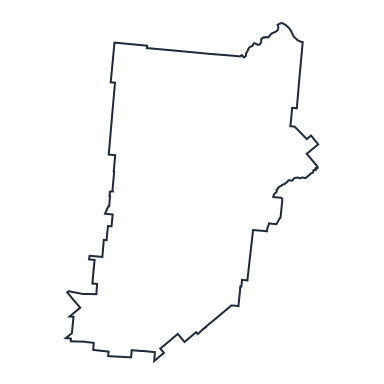 Richmond, Queensland, Australia (Mercator projection)
{"feature_id": "25037944B62712341328684", "entity_name": "Richmond", "entity_type": "district", "adm_level": 2, "iso_a3": "AUS", "parent_name": "Australia", "parent_adm1": "Queensland", "projection": "mercator", "projection_center": [143.266, -20.57], "detail": "fine", "context": "isolated", "style": "outline", "palette": "slate", "viewbox_px": 384, "rotation_deg": 0, "n_neighbors": 0, "source": "geoboundaries", "source_scale": "gbopen_adm2", "svg_char_len": 5487}
<svg xmlns="http://www.w3.org/2000/svg" viewBox="0 0 384 384"><path d="M147.1,45.7L145.1,45.5L114.5,42.6L110.7,82.3L115.0,82.7L112.3,113.5L111.4,123.9L109.6,144.8L108.7,154.6L114.9,155.1L115.2,155.2L114.1,167.5L113.7,171.4L114.2,171.4L112.4,191.2L112.5,191.3L111.8,191.3L111.6,191.4L110.4,191.7L110.0,191.6L109.9,191.7L109.7,193.9L109.5,196.1L110.0,196.2L109.2,206.2L108.7,206.1L108.3,206.5L105.0,213.7L112.7,214.5L111.5,226.3L108.0,226.0L107.0,235.5L106.6,240.2L103.8,239.9L102.9,250.4L102.6,254.2L102.4,256.4L102.4,256.9L89.6,255.8L89.0,259.4L94.6,259.9L93.8,268.6L93.7,268.5L92.4,283.6L97.1,283.9L96.4,293.3L96.3,294.2L87.4,294.0L83.0,294.0L68.6,291.2L67.2,292.3L72.8,299.1L80.2,307.7L69.6,316.5L73.5,316.8L71.9,333.2L65.8,338.1L70.9,338.6L70.7,341.3L72.9,341.4L81.6,341.6L83.6,341.6L83.9,341.7L93.7,342.9L93.7,343.5L93.3,348.8L93.2,349.9L99.3,350.6L108.6,351.6L108.5,353.0L108.4,353.7L108.2,356.1L114.9,356.5L117.1,356.6L119.9,356.7L125.7,357.1L131.1,357.3L131.7,350.2L141.4,351.0L141.6,350.9L145.4,351.2L151.2,351.8L154.9,352.1L154.2,361.0L163.9,352.8L160.3,348.6L169.2,341.2L177.8,333.9L184.5,342.0L195.8,332.4L196.1,332.2L197.7,334.0L199.8,332.2L204.4,328.0L204.7,328.1L205.7,327.3L205.5,327.0L209.6,323.6L216.7,317.8L218.9,315.9L223.0,312.5L224.2,311.5L227.2,309.0L231.5,305.4L236.9,305.9L238.5,306.1L238.5,305.5L239.7,293.5L239.8,292.9L240.4,286.4L241.4,286.5L242.0,279.9L247.4,280.4L247.4,280.2L251.2,246.2L251.3,245.9L253.1,230.0L253.4,230.0L253.6,230.1L253.8,230.1L254.1,230.1L257.2,230.4L260.0,230.6L264.4,231.0L267.0,231.3L267.2,229.0L267.7,227.3L268.3,225.8L268.4,225.5L268.5,225.4L268.7,224.9L268.9,224.0L268.9,223.4L276.3,224.2L280.6,217.0L281.0,212.9L281.6,207.2L282.2,200.9L282.3,198.8L281.3,197.8L273.2,197.0L273.2,196.9L273.4,196.6L273.5,196.5L273.5,195.9L273.6,195.6L273.7,195.3L273.8,195.0L273.9,194.6L274.0,194.3L274.4,193.8L275.1,193.2L275.4,193.0L275.8,192.7L276.3,192.2L276.5,192.0L276.6,191.9L276.6,191.7L276.7,191.3L276.7,191.2L276.8,190.8L276.7,190.4L276.6,190.2L276.6,189.9L276.7,189.6L276.8,189.5L277.1,189.3L277.3,189.3L277.6,189.1L277.9,188.8L278.0,188.6L278.1,188.4L278.1,188.1L278.2,187.8L278.2,187.7L278.3,187.6L278.5,187.4L278.7,187.2L279.1,187.1L279.3,186.9L279.6,186.7L279.8,186.5L280.0,186.3L280.2,186.2L280.8,186.0L281.0,185.9L281.3,185.7L281.5,185.6L281.7,185.4L281.9,185.2L282.0,185.1L282.2,184.9L282.7,184.6L283.0,184.5L283.6,184.4L283.8,184.4L284.1,184.3L284.3,184.2L284.5,184.1L285.0,183.7L285.5,183.2L285.9,182.9L286.4,182.6L286.6,182.5L286.9,182.3L287.1,182.1L287.3,181.8L287.5,181.4L287.6,181.2L287.9,181.0L287.9,180.9L288.1,180.7L288.3,180.5L288.5,180.4L289.2,180.2L289.6,180.2L289.8,180.2L290.1,180.3L290.4,180.5L290.6,180.6L290.9,180.7L291.5,180.6L291.9,180.6L292.4,180.4L292.8,180.1L292.9,179.9L293.0,179.7L293.1,179.4L293.3,179.1L293.5,178.8L293.7,178.7L294.2,178.3L294.6,178.1L295.1,178.0L295.5,177.9L295.9,177.8L296.3,177.8L296.7,177.7L297.2,177.6L297.6,177.5L297.9,177.5L298.2,177.6L298.5,177.8L298.9,178.0L299.0,178.1L299.3,178.2L299.6,178.2L299.9,178.3L300.2,178.3L300.4,178.2L300.6,178.1L300.9,177.9L301.2,177.8L301.5,177.6L302.4,177.5L302.6,177.5L303.0,177.6L303.3,177.7L303.7,177.8L304.7,177.9L304.9,177.9L305.1,178.0L305.3,178.0L305.5,178.0L305.9,177.9L306.2,177.7L306.3,177.6L306.4,177.3L306.5,177.2L306.8,177.0L306.9,176.9L307.2,176.8L307.3,176.7L307.5,176.6L307.6,176.4L307.8,176.2L308.1,175.9L308.4,175.7L308.6,175.5L308.9,175.4L309.2,175.2L309.4,175.1L309.5,174.9L309.7,174.7L309.9,174.5L310.0,174.3L310.3,174.0L310.5,173.8L310.9,173.4L311.0,173.3L311.2,173.2L311.5,173.1L311.8,173.1L312.1,173.0L312.4,172.9L312.5,172.9L312.9,172.6L313.1,172.4L313.3,172.1L313.3,171.9L313.3,171.7L313.3,171.2L313.3,170.9L313.4,170.4L313.5,170.2L313.8,170.1L314.0,170.0L314.4,170.0L314.6,170.1L315.0,170.2L315.3,170.1L315.5,170.0L315.7,169.9L315.8,169.8L315.9,169.6L315.9,169.3L315.8,169.0L315.6,168.7L315.5,168.4L315.6,168.1L315.8,167.9L316.0,167.9L316.2,168.0L316.3,168.0L316.6,168.2L316.7,168.3L316.9,168.4L317.0,168.4L317.4,168.3L317.5,168.2L317.7,167.9L317.7,167.7L317.7,167.4L317.6,167.2L317.4,166.7L317.3,166.4L317.2,166.4L316.5,165.4L306.7,153.8L318.2,144.3L311.0,135.5L306.8,139.1L294.6,126.6L290.4,126.2L292.2,107.8L296.8,108.3L299.4,78.3L302.7,42.2L302.0,42.2L298.7,40.7L297.6,40.2L293.6,36.5L293.4,36.1L292.8,34.7L291.6,32.0L290.9,30.7L290.3,29.9L289.5,28.5L288.4,27.6L287.9,26.9L286.7,25.9L285.9,25.1L285.1,24.7L283.6,23.8L281.6,23.0L279.8,23.7L278.4,24.3L277.6,24.9L277.8,25.4L278.1,26.1L278.3,27.2L278.3,28.2L278.1,29.0L277.8,29.8L277.4,30.4L276.7,31.1L275.5,31.7L275.0,32.1L273.2,32.8L272.6,33.1L271.6,33.5L271.3,33.9L271.0,34.2L270.4,34.5L270.3,34.9L270.1,35.4L269.8,35.9L269.4,36.1L269.1,36.2L268.9,36.3L268.6,36.8L268.5,37.2L268.4,37.4L268.0,37.4L267.4,37.3L267.0,37.3L266.6,37.2L266.4,37.0L266.0,37.0L265.7,37.3L265.2,37.4L264.5,37.6L264.3,37.3L263.9,37.2L263.1,37.7L262.5,38.1L262.2,38.5L261.8,38.8L261.3,38.8L261.2,39.1L261.2,39.5L261.2,40.0L261.2,40.7L261.2,42.1L260.4,43.4L259.6,44.6L258.1,44.8L257.4,44.6L255.0,43.3L254.3,43.2L253.7,43.5L253.3,44.1L253.1,44.6L252.9,45.2L252.4,45.9L251.2,46.4L250.1,47.0L249.2,47.7L248.5,48.7L248.1,49.5L247.4,51.3L246.8,52.2L246.1,53.3L246.0,53.7L246.0,55.5L245.8,56.0L245.5,56.3L244.7,57.0L244.4,57.2L244.0,57.4L243.6,57.3L243.3,57.0L242.9,56.3L242.7,55.9L242.4,55.6L242.1,55.2L241.8,55.1L241.4,55.1L241.2,55.5L240.4,56.4L236.9,56.1L232.7,55.7L212.4,54.1L208.5,53.8L200.6,53.0L174.7,50.6L150.5,48.4L146.9,48.1L147.1,45.7Z" fill="none" stroke="#1e293b" stroke-width="2"/></svg>